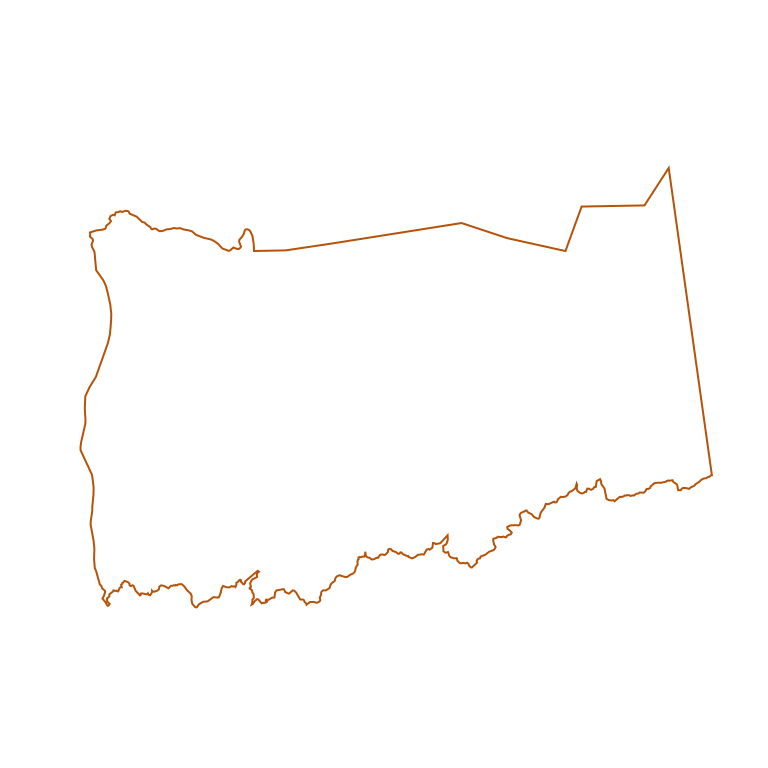 Bariloche, Río Negro, Argentina, rotated 262°
{"feature_id": "61730980B38483237983856", "entity_name": "Bariloche", "entity_type": "district", "adm_level": 2, "iso_a3": "ARG", "parent_name": "Argentina", "parent_adm1": "Río Negro", "projection": "robinson", "projection_center": [-71.782, -41.509], "detail": "fine", "context": "isolated", "style": "outline", "palette": "amber", "viewbox_px": 768, "rotation_deg": 262, "n_neighbors": 0, "source": "geoboundaries", "source_scale": "gbopen_adm2", "svg_char_len": 6113}
<svg xmlns="http://www.w3.org/2000/svg" viewBox="0 0 768 768"><g transform="rotate(262 384 384)"><path d="M202.7,79.7L203.3,80.9L204.5,81.7L207.0,79.7L210.1,79.7L211.7,82.3L214.0,82.8L216.1,86.5L217.3,87.4L216.5,89.0L216.7,90.0L215.6,91.5L215.7,92.0L218.6,93.6L219.4,94.9L219.3,96.0L221.6,95.7L222.6,97.0L223.5,97.3L223.7,98.1L225.1,99.6L223.8,102.4L222.7,103.5L221.5,104.2L220.2,104.0L219.4,104.7L219.2,105.4L219.7,106.9L219.1,107.9L213.8,109.3L208.6,112.9L208.9,113.7L210.3,114.0L210.4,115.1L208.8,119.4L208.9,120.3L209.5,121.0L208.2,121.3L207.3,123.0L210.3,125.5L211.6,125.6L210.5,126.5L210.3,127.5L210.9,130.6L212.0,132.5L214.7,133.4L215.6,135.2L214.8,137.9L211.7,142.1L213.8,145.0L213.6,146.3L214.0,147.8L213.5,149.3L214.0,149.8L213.4,151.1L214.2,152.4L214.0,155.7L211.5,158.0L207.1,160.3L203.1,163.5L200.7,164.1L196.9,163.3L193.1,163.5L189.5,165.8L189.1,166.4L188.9,167.5L191.7,170.2L193.5,174.7L193.3,179.0L196.7,185.6L195.7,189.0L195.8,190.9L200.5,193.5L203.9,194.6L206.4,196.5L204.6,199.8L204.1,202.6L205.1,205.0L204.4,206.3L204.4,207.8L203.6,208.6L206.0,210.0L207.7,210.1L208.3,211.6L209.8,213.2L210.0,214.5L209.6,215.1L208.7,214.7L207.7,215.0L207.1,215.8L205.4,216.6L205.1,217.6L206.1,218.7L207.9,219.1L216.6,232.9L215.5,234.0L214.6,232.5L213.2,231.6L210.5,231.4L208.7,226.1L205.2,223.7L201.6,224.0L200.6,222.5L200.0,222.5L198.9,224.0L197.8,224.6L195.8,224.7L194.0,225.6L190.2,225.3L188.7,223.6L185.9,223.2L184.0,222.3L184.6,223.7L186.9,225.7L188.6,228.2L188.2,229.5L183.9,232.3L184.2,233.6L183.9,234.8L184.3,237.4L184.7,237.8L185.9,236.8L186.9,237.3L186.3,239.5L188.0,243.5L187.8,245.8L192.7,247.2L194.5,248.7L194.9,255.5L194.7,256.3L191.6,257.3L189.7,260.5L189.7,261.0L192.3,264.7L192.0,266.2L189.8,267.9L182.3,271.0L181.8,273.7L181.3,274.5L179.0,275.1L177.7,276.3L176.2,276.6L178.4,280.2L178.0,283.9L176.7,286.9L177.2,289.0L178.1,290.5L179.3,290.9L181.4,290.6L184.1,292.5L185.4,292.5L187.1,293.3L188.1,294.9L187.7,297.8L189.5,301.7L192.9,303.3L194.4,305.0L195.7,307.7L198.5,308.9L200.0,310.4L200.8,313.3L198.5,318.1L198.0,320.4L200.2,325.1L200.5,326.8L201.6,328.4L203.6,329.7L206.4,330.6L208.8,332.8L212.0,333.0L213.7,333.8L214.1,334.5L215.8,334.6L216.1,335.7L215.7,336.7L216.1,338.9L215.8,340.4L217.4,341.4L220.5,342.1L216.8,342.1L215.5,342.6L214.6,343.6L213.8,345.6L212.0,347.3L211.8,349.4L213.0,352.8L212.7,354.0L214.8,355.7L215.5,357.0L215.3,359.3L214.6,360.4L214.8,361.7L217.0,364.4L219.7,365.3L219.9,366.0L219.3,368.1L217.5,369.2L216.0,372.3L213.8,374.5L213.9,375.6L215.0,376.9L214.9,377.5L212.7,379.3L210.3,383.2L210.3,384.0L209.4,384.2L207.4,387.5L208.3,390.9L210.1,393.7L210.1,397.8L209.5,399.7L214.0,403.1L214.4,405.1L213.6,406.1L215.1,409.1L219.8,410.4L219.7,411.3L218.3,413.0L218.5,417.6L225.3,425.9L220.9,425.5L217.5,423.9L216.6,423.0L215.4,420.1L210.2,419.6L208.3,421.4L208.7,424.0L204.4,424.9L203.1,426.0L201.6,429.2L201.4,431.8L198.7,432.1L196.1,434.2L195.7,435.3L195.8,437.7L195.0,439.8L195.4,441.4L194.4,442.5L192.5,442.9L190.3,444.5L190.1,445.5L193.8,450.8L194.4,451.4L195.8,451.1L197.0,451.8L197.8,453.0L198.1,454.9L199.7,455.7L200.9,460.8L203.2,464.6L204.2,469.2L204.9,470.4L207.2,471.9L209.6,470.7L213.3,470.3L215.5,470.7L216.0,474.1L216.9,475.3L216.0,479.1L216.3,481.0L215.2,483.1L215.2,483.7L216.5,484.7L217.3,486.7L217.4,488.5L219.0,489.8L221.3,488.4L223.2,486.2L225.3,486.1L226.4,489.5L225.7,496.0L225.2,497.4L225.7,498.8L229.9,500.8L234.8,500.0L235.9,500.2L237.4,501.9L238.3,505.3L239.0,506.7L238.9,507.6L236.7,508.8L234.4,512.3L231.6,513.9L229.8,516.4L229.1,518.3L229.8,519.3L234.7,521.2L239.1,525.6L242.7,527.5L242.1,530.1L243.8,536.0L243.0,536.5L242.8,537.9L243.4,538.8L245.5,540.1L247.7,543.4L247.2,545.3L247.3,548.3L248.8,550.6L250.3,551.5L251.3,552.8L252.0,555.3L254.1,559.0L258.4,560.9L257.3,561.1L253.2,560.3L251.2,560.7L249.1,562.7L248.0,564.8L248.2,566.3L249.2,568.0L249.1,569.2L252.1,570.7L251.7,572.7L250.6,573.8L250.4,574.5L251.1,576.4L252.6,577.8L252.6,579.4L258.3,581.1L259.7,584.7L257.1,585.5L254.9,585.2L249.7,587.8L239.3,588.4L237.9,590.2L237.0,592.6L237.0,595.1L235.8,596.0L239.4,601.7L239.1,604.2L239.4,605.8L240.1,606.6L239.8,608.1L240.1,608.9L239.7,611.3L238.8,612.6L239.2,614.9L238.7,615.8L240.2,618.7L240.1,620.5L241.0,621.9L240.2,626.1L241.4,627.8L243.6,629.5L243.3,631.1L244.0,633.1L245.5,633.8L248.1,637.9L248.2,641.5L247.6,644.5L248.1,649.9L248.6,650.4L248.9,652.1L248.5,653.3L248.5,656.4L246.5,657.0L244.1,659.9L242.8,660.3L237.9,660.5L237.5,663.1L238.6,664.0L239.4,665.6L239.2,667.8L237.7,671.6L239.0,673.4L240.0,677.1L241.5,678.6L243.2,682.4L245.1,685.0L245.9,687.6L245.9,690.2L246.7,691.5L246.9,693.5L248.2,695.4L248.1,696.0L558.3,696.0L524.6,666.8L532.2,604.4L490.4,582.2L511.2,526.5L532.6,483.2L530.4,353.8L530.0,305.2L533.8,273.8L541.7,274.5L549.2,274.3L554.4,272.6L556.0,270.8L556.4,269.0L555.8,267.7L552.1,266.0L549.8,264.2L547.1,261.0L545.3,260.3L539.9,261.5L539.0,260.9L538.0,259.2L538.2,257.3L540.1,253.9L537.6,250.0L537.5,248.6L540.7,242.8L546.0,239.1L549.6,235.2L551.2,232.7L554.0,225.6L556.4,221.2L557.8,218.7L561.8,215.2L563.2,212.3L565.1,206.7L566.7,203.9L566.9,199.8L567.7,198.1L567.2,193.1L567.4,190.4L566.3,185.8L566.6,182.9L569.4,179.9L569.9,178.4L569.4,175.9L570.3,175.0L571.9,174.4L575.0,171.0L577.2,169.3L578.1,167.1L584.1,162.4L588.1,155.8L590.2,155.2L590.8,154.6L591.5,152.3L590.8,148.6L591.8,146.9L591.2,144.7L591.3,142.8L591.2,142.2L588.5,140.8L589.3,139.4L588.3,136.5L585.8,135.0L583.4,136.3L582.8,136.0L581.0,133.8L579.6,131.2L577.3,130.2L576.3,129.1L576.4,128.1L576.0,126.9L576.1,120.6L575.0,113.9L572.5,113.9L571.9,113.4L570.8,113.4L568.1,115.6L566.6,115.9L562.7,113.8L560.4,113.9L555.2,115.7L536.7,114.8L525.7,120.5L519.7,122.3L512.6,123.1L500.7,124.0L491.5,123.7L484.3,122.5L471.9,119.7L463.2,116.4L431.0,99.6L421.9,92.0L413.4,86.5L401.4,84.3L389.2,83.3L385.9,82.6L368.6,76.0L364.3,74.8L360.7,74.3L334.7,82.2L327.2,82.2L321.6,82.0L314.8,80.9L303.3,78.1L298.8,77.4L288.2,74.3L285.1,73.9L269.4,74.6L261.4,74.3L250.7,72.5L242.1,72.0L238.6,72.9L225.1,74.7L223.4,76.0L220.9,76.4L218.1,78.9L217.2,79.0L213.5,77.4L210.7,75.3L206.8,77.8L203.4,79.0L202.7,79.7Z" fill="none" stroke="#b45309" stroke-width="2"/></g></svg>